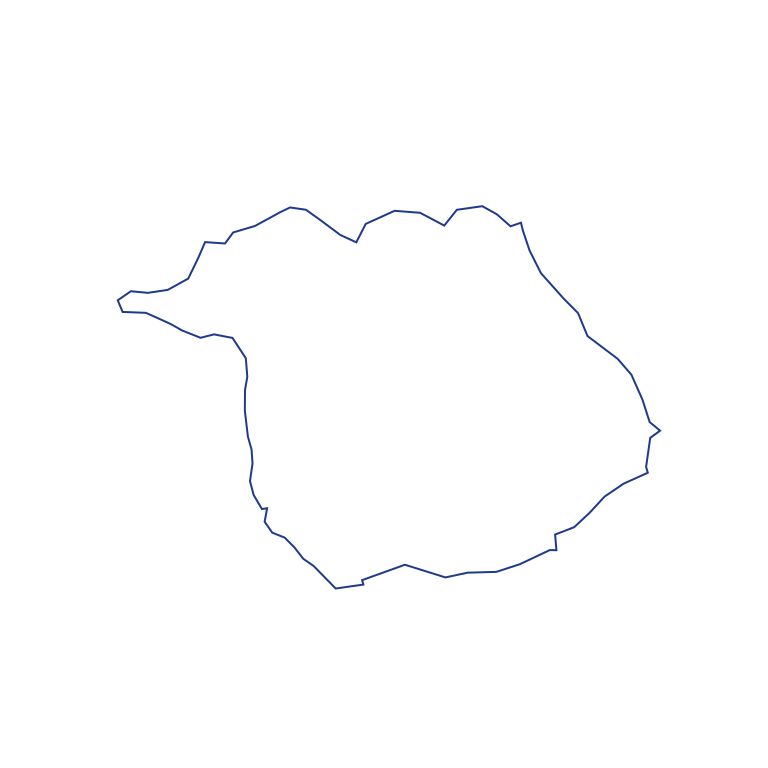 outline of Silikou, Limassol, Cyprus, rotated 116°
{"feature_id": "46923920B81520902942446", "entity_name": "Silikou", "entity_type": "district", "adm_level": 2, "iso_a3": "CYP", "parent_name": "Cyprus", "parent_adm1": "Limassol", "projection": "equal_earth", "projection_center": [32.888, 34.83], "detail": "fine", "context": "isolated", "style": "outline", "palette": "blue", "viewbox_px": 768, "rotation_deg": 116, "n_neighbors": 0, "source": "geoboundaries", "source_scale": "gbopen_adm2", "svg_char_len": 1174}
<svg xmlns="http://www.w3.org/2000/svg" viewBox="0 0 768 768"><g transform="rotate(116 384 384)"><path d="M457.8,156.2L444.3,164.2L429.3,150.3L409.8,142.8L388.5,136.4L368.6,125.0L348.1,108.0L343.6,112.1L315.7,121.1L304.9,115.4L301.8,128.5L284.8,144.8L267.2,165.7L259.0,184.9L251.7,222.1L235.2,240.7L228.5,259.9L215.6,291.5L200.1,311.8L184.6,327.0L179.0,331.6L186.8,339.4L182.0,357.0L181.1,373.6L195.5,394.9L215.2,399.3L214.3,426.6L223.7,450.4L248.1,470.6L268.8,471.0L269.2,488.6L264.6,512.9L261.6,530.5L266.5,545.8L275.2,552.7L298.5,569.2L313.9,586.0L327.4,588.5L334.9,607.0L352.6,606.2L364.2,606.2L375.1,606.2L394.3,619.7L405.6,636.2L411.6,652.2L425.5,660.0L427.7,657.5L433.8,650.5L424.4,629.2L423.6,602.5L423.9,596.7L424.4,588.9L422.9,569.2L413.9,558.5L409.0,540.4L421.4,519.5L437.5,510.0L450.3,506.3L469.1,497.3L490.9,483.3L501.0,474.3L513.1,467.3L530.0,461.9L540.9,452.5L549.9,438.9L546.9,434.6L560.1,430.9L562.0,427.5L566.6,419.3L565.6,405.9L570.2,392.8L576.5,379.9L578.4,367.5L583.0,354.6L589.0,337.8L573.3,314.6L569.9,317.7L537.3,286.0L530.9,244.0L516.9,226.1L503.7,200.8L486.5,183.0L460.6,162.2L457.8,156.2Z" fill="none" stroke="#1e3a8a" stroke-width="2"/></g></svg>